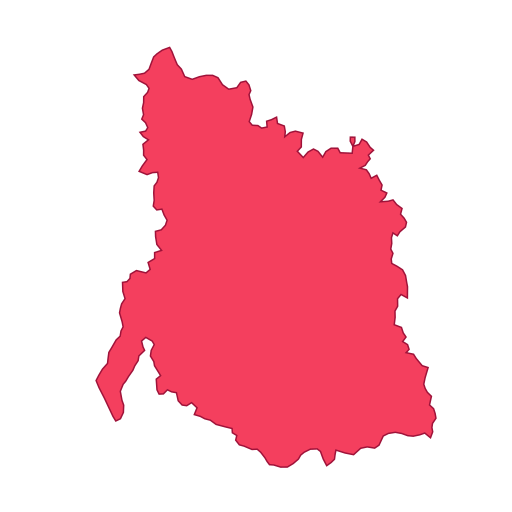 the district of Tamarana, Paraná, Brazil, rotated 266°
{"feature_id": "56859067B49132852367712", "entity_name": "Tamarana", "entity_type": "district", "adm_level": 2, "iso_a3": "BRA", "parent_name": "Brazil", "parent_adm1": "Paraná", "projection": "mercator", "projection_center": [-51.042, -23.816], "detail": "fine", "context": "isolated", "style": "filled", "palette": "rose", "viewbox_px": 512, "rotation_deg": 266, "n_neighbors": 0, "source": "geoboundaries", "source_scale": "gbopen_adm2", "svg_char_len": 3652}
<svg xmlns="http://www.w3.org/2000/svg" viewBox="0 0 512 512"><g transform="rotate(266 256 256)"><path d="M102.1,183.4L99.9,189.3L97.2,193.6L95.4,199.0L90.8,204.4L87.6,213.8L85.6,220.1L81.3,220.1L78.3,224.3L73.7,222.9L68.8,226.2L67.2,230.8L63.3,238.5L63.2,243.7L59.9,247.0L54.0,250.9L50.3,252.7L46.9,254.9L46.3,259.1L43.7,265.9L43.3,272.6L46.4,278.7L50.5,284.2L54.2,286.6L56.9,290.4L59.5,296.7L59.3,303.6L56.5,306.7L48.8,308.9L41.9,311.9L44.8,316.6L47.8,320.1L52.3,321.0L56.8,322.2L53.3,331.1L51.0,339.5L56.9,347.0L57.8,353.6L56.1,361.0L58.7,365.5L67.6,370.4L69.8,375.7L70.4,382.7L68.8,389.0L66.2,394.8L65.3,400.3L66.2,406.9L67.6,412.0L62.5,417.4L68.3,420.0L72.6,419.5L76.7,420.4L81.6,424.2L86.4,423.7L91.3,422.5L95.3,418.7L103.8,421.2L108.1,417.4L112.1,415.5L116.4,414.4L122.8,416.2L132.7,419.9L135.0,414.1L142.5,408.7L147.0,406.3L149.1,399.0L152.2,402.2L157.0,401.0L160.4,396.3L164.7,400.0L169.0,397.5L174.6,396.1L177.8,389.1L185.1,390.5L191.4,390.8L196.0,393.8L203.5,394.2L207.5,398.0L203.6,404.1L214.8,405.0L218.8,404.5L226.1,403.8L232.0,401.2L235.9,396.0L239.1,390.9L243.6,390.7L249.1,392.8L253.5,390.9L259.0,392.3L264.8,392.4L269.5,394.2L266.3,398.4L270.1,401.2L274.5,407.1L279.1,408.5L283.4,406.4L287.6,403.1L293.2,405.0L297.5,399.9L302.4,396.6L301.4,391.7L301.4,383.9L305.6,388.7L309.7,390.9L312.9,385.3L318.0,386.7L323.1,384.2L328.1,382.1L325.5,376.3L330.2,374.6L334.3,372.1L336.4,365.7L338.8,371.3L342.2,373.9L345.0,376.7L348.8,375.1L353.3,380.6L356.5,377.4L362.0,374.3L365.1,369.9L360.1,366.7L358.6,360.3L351.8,359.1L353.1,347.2L357.8,345.1L358.3,338.4L355.3,333.0L349.9,329.4L356.1,325.1L358.7,320.8L356.1,315.2L350.9,310.0L357.6,304.5L361.6,308.8L369.2,309.4L375.3,311.5L377.8,304.0L376.8,298.6L372.9,293.0L377.9,293.9L383.7,293.3L386.7,286.7L393.1,286.2L390.9,280.9L389.7,276.0L383.9,276.1L383.2,270.5L386.0,267.0L386.7,261.4L390.5,258.6L397.6,261.5L404.8,263.3L412.9,261.0L417.5,260.3L421.3,262.3L427.2,260.9L431.2,258.1L430.3,252.8L425.2,248.6L424.3,240.4L429.2,234.5L436.5,230.5L439.2,225.4L439.7,219.1L438.8,212.1L436.7,204.7L439.9,197.4L447.6,194.6L452.3,190.8L456.6,189.3L461.2,187.8L465.8,186.4L470.1,184.4L467.9,176.9L464.7,171.5L461.7,167.8L455.5,164.9L449.7,162.3L446.1,157.5L445.4,152.3L445.1,147.1L439.2,151.4L434.7,158.6L430.7,161.0L426.8,159.3L422.8,155.1L416.8,154.6L411.3,153.0L404.8,153.7L400.5,151.6L396.7,155.1L391.6,157.0L388.3,154.6L387.5,148.9L383.0,151.9L379.4,156.8L375.3,151.0L369.3,151.3L364.4,150.9L359.8,154.0L353.8,148.9L348.6,145.3L344.8,153.0L346.4,158.6L346.4,163.8L340.9,164.2L336.4,162.3L333.0,159.3L326.1,158.4L318.6,158.3L312.9,157.0L308.9,160.2L309.3,165.4L303.3,167.2L297.9,169.8L293.0,167.8L288.7,163.3L287.6,157.4L282.4,157.2L274.4,157.9L268.2,162.2L266.5,155.1L260.5,154.7L257.1,147.9L250.0,149.5L246.8,145.1L249.8,135.7L246.6,129.4L242.4,128.7L239.4,125.5L239.0,121.0L229.9,120.7L222.6,122.4L217.6,118.6L213.3,117.1L208.8,115.9L199.6,117.9L194.6,118.5L190.6,116.1L185.5,114.9L182.1,110.7L174.8,105.8L170.1,102.5L164.7,101.4L159.2,100.4L153.8,94.9L148.0,90.9L142.9,87.8L135.7,90.2L124.7,94.9L106.1,102.1L101.2,104.6L103.1,109.4L109.2,112.8L116.4,113.6L121.5,112.2L130.5,111.2L137.3,114.5L140.2,117.3L144.7,120.4L150.6,125.2L154.9,127.4L159.8,131.1L164.5,132.2L169.6,138.3L173.3,136.9L179.2,135.9L182.5,140.4L178.4,146.5L174.7,148.3L169.2,144.9L163.6,143.7L157.8,146.7L153.6,147.1L147.2,150.5L143.3,152.5L140.1,147.9L129.4,147.9L125.0,149.7L124.9,154.0L128.7,158.3L126.4,162.3L125.2,167.1L117.0,168.3L112.5,171.9L111.5,176.4L114.2,181.5L108.7,186.6L102.1,183.4ZM358.6,360.3L363.2,362.6L367.6,362.9L368.0,358.4L364.0,358.0L358.6,360.3Z" fill="#f43f5e" stroke="#9f1239" stroke-width="1.5"/></g></svg>